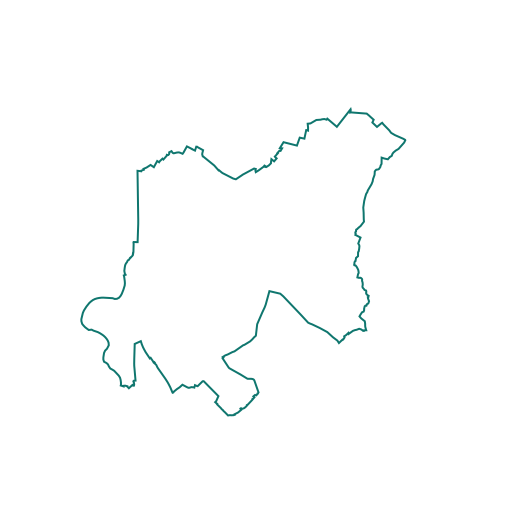 the district of Echt-Susteren, Limburg, Netherlands, rotated 333°
{"feature_id": "6326949B70373820713642", "entity_name": "Echt-Susteren", "entity_type": "district", "adm_level": 2, "iso_a3": "NLD", "parent_name": "Netherlands", "parent_adm1": "Limburg", "projection": "albers", "projection_center": [5.901, 51.082], "detail": "fine", "context": "isolated", "style": "outline", "palette": "teal", "viewbox_px": 512, "rotation_deg": 333, "n_neighbors": 0, "source": "geoboundaries", "source_scale": "gbopen_adm2", "svg_char_len": 5982}
<svg xmlns="http://www.w3.org/2000/svg" viewBox="0 0 512 512"><g transform="rotate(333 256 256)"><path d="M129.4,213.3L129.2,214.4L127.7,218.7L126.8,220.8L125.6,222.7L122.5,225.9L119.2,228.8L117.2,230.1L115.0,231.0L112.7,231.0L110.7,230.2L109.1,228.5L101.4,224.0L99.4,223.0L97.3,222.2L95.2,221.6L92.9,221.2L90.6,221.2L88.3,221.6L86.1,222.2L81.9,224.1L78.0,226.4L75.9,228.1L71.7,233.0L70.8,234.9L70.3,237.6L70.7,239.5L71.4,241.9L72.4,244.0L73.4,246.0L76.1,247.0L77.3,248.7L80.5,252.0L81.8,253.8L83.0,255.8L84.0,257.7L84.8,259.9L85.3,262.1L85.5,264.2L85.3,266.3L84.3,268.7L81.1,271.0L78.6,271.8L76.6,273.4L74.0,277.0L73.0,278.9L72.6,281.2L74.2,283.5L74.9,285.4L74.8,287.8L75.1,290.1L76.4,292.0L77.5,293.8L79.4,300.3L79.6,302.7L79.1,305.0L78.3,307.3L77.3,309.3L76.7,310.0L78.7,312.0L78.8,311.7L78.7,311.4L80.5,312.1L82.3,313.7L82.1,314.1L82.7,316.1L87.4,314.8L87.7,315.8L88.4,316.1L89.1,315.2L89.7,313.6L89.8,312.1L90.1,311.8L90.7,311.7L92.1,312.3L97.6,298.7L98.6,296.6L101.1,291.9L108.0,279.3L114.7,279.6L114.2,282.6L113.9,286.0L113.9,288.2L114.0,291.5L114.9,299.1L115.9,298.9L116.6,304.5L117.2,304.4L117.3,304.8L116.9,304.8L116.9,305.1L116.7,305.1L117.5,307.1L117.7,308.0L117.6,310.2L117.7,311.5L119.5,324.1L119.9,328.2L120.0,330.6L120.0,334.3L119.6,339.7L119.7,340.8L119.8,340.4L121.4,339.5L121.9,339.4L125.1,338.7L128.4,338.3L132.0,337.3L135.0,341.6L135.9,342.7L137.0,343.2L138.9,343.5L140.9,344.8L141.3,345.2L141.9,344.4L142.3,344.3L143.0,343.4L144.5,345.2L144.9,345.5L151.5,343.4L152.0,343.5L152.4,343.7L152.6,343.9L154.7,350.6L158.9,363.8L154.6,367.3L153.3,367.7L153.6,368.5L154.1,369.6L153.9,369.6L154.1,370.9L155.7,375.7L155.9,376.9L156.6,378.5L156.7,379.5L157.2,380.6L158.7,385.4L160.1,385.8L162.1,386.9L163.9,387.7L165.0,387.8L165.0,387.3L168.9,387.3L172.9,386.4L172.8,384.9L173.2,384.8L173.6,384.9L173.8,385.7L174.1,385.9L176.4,386.2L178.3,385.8L180.2,385.1L180.3,384.7L180.9,384.8L186.8,382.7L188.0,382.2L187.7,382.0L187.9,381.8L188.2,382.1L190.4,381.2L189.9,379.9L190.6,379.7L192.1,379.4L192.9,380.3L195.1,379.5L195.1,379.2L195.3,379.2L196.3,378.7L198.0,366.3L198.0,365.7L197.9,365.2L197.5,364.5L196.9,363.9L195.9,363.2L193.1,361.8L192.6,361.4L188.8,355.2L181.3,343.9L181.0,342.9L179.8,332.0L180.8,331.7L180.5,330.9L183.5,330.6L186.1,330.9L191.3,330.9L193.5,331.2L199.9,330.3L204.1,329.7L205.3,329.9L212.0,329.4L214.8,328.6L217.6,327.5L219.4,327.1L219.8,326.8L226.1,317.3L235.9,309.2L240.4,305.7L242.6,303.7L252.0,293.4L260.5,300.6L262.0,304.3L269.3,328.8L272.2,339.1L273.6,340.9L274.9,342.3L280.2,349.2L285.0,356.2L287.7,363.4L290.1,368.3L290.4,371.2L294.6,369.9L294.6,370.1L295.8,370.0L297.9,368.8L298.1,367.6L300.3,367.4L303.4,366.5L303.2,367.5L308.4,366.7L310.7,367.0L312.1,367.4L314.9,367.7L316.5,369.3L317.5,371.4L318.3,371.7L318.5,371.3L320.5,372.2L320.6,371.5L321.2,368.7L321.7,367.5L322.5,365.9L323.3,363.5L321.4,359.3L320.8,356.8L322.6,355.6L324.9,354.3L326.7,354.4L327.9,353.2L328.2,352.3L330.0,350.2L331.0,349.9L331.8,350.4L333.0,349.3L334.2,349.3L334.7,349.1L336.2,347.6L336.5,344.8L336.9,343.6L337.3,343.8L338.3,342.6L337.6,341.6L337.1,339.8L337.3,338.9L338.0,338.1L338.4,336.8L337.4,335.7L337.2,335.2L337.2,334.6L336.7,332.6L336.8,332.1L337.1,331.3L338.0,330.2L338.5,329.1L339.0,327.8L339.2,326.3L339.9,325.2L340.0,324.5L339.7,323.5L338.9,322.6L337.9,322.3L336.6,321.1L338.7,318.5L339.7,317.8L340.1,317.0L340.7,315.1L340.8,314.4L340.8,312.1L340.7,310.9L340.4,309.6L339.5,309.0L339.4,308.5L339.9,307.9L341.0,306.2L342.1,305.5L342.4,305.6L344.3,303.1L346.8,302.5L348.6,299.1L348.9,298.8L349.5,298.6L351.2,296.4L352.5,294.4L352.9,293.3L352.8,291.3L357.5,287.0L354.2,282.4L354.4,282.3L354.7,281.4L354.9,281.4L355.1,281.1L355.1,280.3L355.3,280.0L355.7,279.7L356.3,279.5L357.0,278.2L357.6,277.9L358.4,278.0L359.5,277.5L360.3,277.4L361.4,277.0L362.5,276.9L367.8,274.4L368.7,272.2L371.5,266.4L373.6,261.5L377.4,256.1L379.7,253.5L382.2,250.8L384.4,249.4L385.3,248.4L391.5,244.5L393.8,242.5L395.3,240.5L398.4,237.6L399.1,236.5L400.2,234.6L401.3,234.0L402.4,233.7L404.0,234.3L405.1,234.3L407.2,233.1L408.2,231.9L409.7,230.9L412.6,225.4L414.6,227.4L417.4,229.7L420.1,228.6L422.4,228.4L424.0,226.9L425.4,226.2L428.4,225.5L431.6,225.3L439.5,222.2L441.6,220.6L441.6,220.2L440.5,218.5L434.7,211.4L432.4,207.8L432.2,207.2L431.8,204.6L429.3,196.6L428.9,194.6L427.8,194.7L422.4,195.9L420.3,189.9L422.7,188.0L420.8,183.1L420.7,182.7L419.3,179.4L405.7,171.1L405.2,171.0L406.5,169.2L406.8,168.6L406.9,168.2L386.7,177.6L386.6,177.3L381.9,166.0L380.8,166.6L379.1,165.0L377.0,164.2L375.5,163.9L371.5,162.2L364.7,162.6L362.1,161.6L360.7,165.2L359.3,167.9L358.1,166.7L357.9,166.6L352.4,173.4L348.7,170.4L342.6,176.2L332.2,167.1L326.3,170.7L328.1,171.9L325.6,173.5L324.8,172.8L321.8,174.0L322.0,174.4L317.9,176.0L318.1,176.9L318.7,178.4L315.1,179.9L313.7,176.7L311.5,179.9L311.4,180.2L308.6,181.1L305.7,181.4L305.4,181.4L304.8,180.9L305.3,180.5L304.6,179.3L303.3,179.9L297.3,180.9L293.9,181.2L294.2,179.8L294.7,179.0L295.3,178.4L294.0,177.2L280.8,177.5L280.6,177.6L272.9,178.5L270.9,176.7L263.8,166.9L263.3,165.9L261.9,162.6L261.5,162.7L259.9,156.4L254.0,143.1L253.8,143.0L254.2,141.0L254.8,140.1L256.9,137.7L253.7,133.0L252.8,131.4L253.0,130.9L249.5,134.4L247.4,131.6L247.5,131.5L244.2,127.0L238.4,130.9L237.0,131.6L235.5,129.8L234.5,128.8L234.0,128.5L232.5,127.9L229.9,127.3L229.1,127.0L228.7,126.4L228.5,125.8L228.3,124.2L225.7,124.2L225.3,125.2L224.8,125.8L223.7,126.2L223.1,126.0L222.5,125.4L221.8,126.2L217.3,128.0L216.9,126.8L213.2,127.9L212.2,128.5L211.1,126.5L205.3,130.5L203.4,127.0L198.7,127.5L195.3,127.3L195.2,128.2L192.6,127.9L192.2,128.4L189.1,126.3L167.7,169.9L165.6,174.0L156.8,189.9L154.4,188.6L153.3,188.0L152.9,188.4L152.5,189.6L148.6,196.8L147.6,198.1L147.5,197.9L147.0,198.6L147.1,198.8L146.6,199.4L145.5,199.9L143.4,200.4L143.5,200.6L142.0,201.1L141.1,201.7L139.9,201.7L139.5,201.9L138.4,202.8L136.8,203.6L135.8,204.3L135.0,205.1L133.8,206.7L131.9,209.5L130.9,213.0L131.3,213.3L131.3,213.5L129.4,213.3Z" fill="none" stroke="#0f766e" stroke-width="2"/></g></svg>